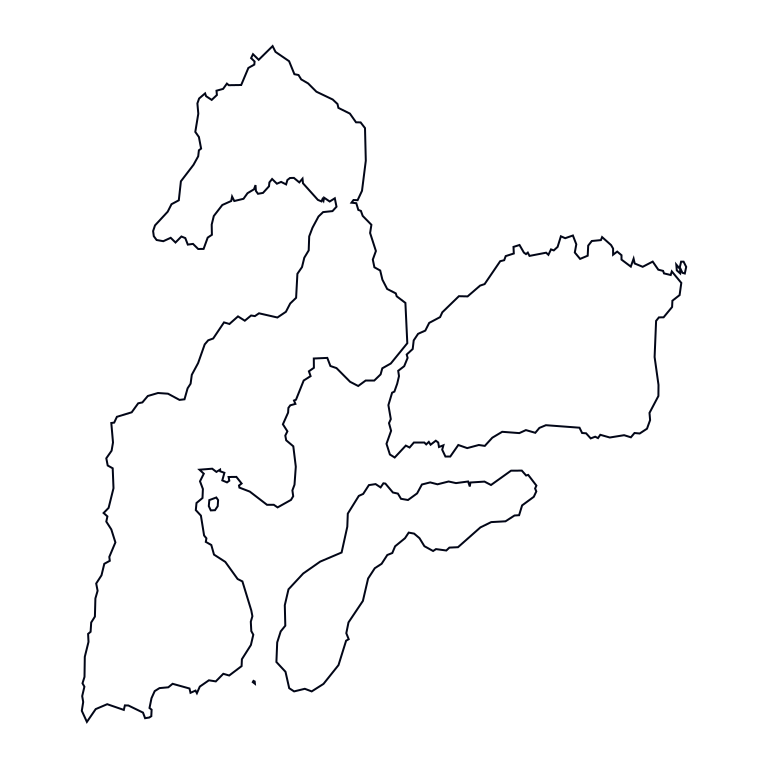 the district of Flores Timur, Nusa Tenggara Timur, Indonesia
{"feature_id": "22746128B68993103553012", "entity_name": "Flores Timur", "entity_type": "district", "adm_level": 2, "iso_a3": "IDN", "parent_name": "Indonesia", "parent_adm1": "Nusa Tenggara Timur", "projection": "equal_earth", "projection_center": [122.946, -8.35], "detail": "fine", "context": "isolated", "style": "outline", "palette": "ink", "viewbox_px": 768, "rotation_deg": 0, "n_neighbors": 0, "source": "geoboundaries", "source_scale": "gbopen_adm2", "svg_char_len": 6090}
<svg xmlns="http://www.w3.org/2000/svg" viewBox="0 0 768 768"><path d="M86.9,721.9L95.7,709.1L107.2,704.2L123.8,709.9L124.9,705.4L128.4,705.5L143.0,712.6L145.1,718.2L149.3,717.5L151.3,716.2L151.6,709.7L149.5,708.0L151.5,698.2L154.7,691.1L159.5,688.1L168.3,687.3L172.6,683.8L189.5,688.5L190.5,692.8L195.5,690.6L196.9,693.2L199.8,686.6L208.9,680.3L215.8,681.4L223.3,673.8L229.2,675.5L241.6,666.1L241.9,659.2L250.9,645.0L253.3,634.7L251.3,631.1L250.8,621.7L252.4,616.2L251.3,610.5L242.4,581.4L237.6,579.0L225.3,561.9L214.0,554.6L211.3,545.0L205.8,541.9L206.4,538.3L204.1,535.5L200.9,515.6L195.8,510.1L196.5,503.0L202.5,498.0L202.9,489.0L200.0,481.3L203.8,473.7L199.5,469.7L212.2,468.7L216.4,471.9L220.1,469.6L220.2,471.3L224.4,472.8L222.3,480.4L227.0,482.4L229.3,480.7L228.6,477.0L236.4,476.9L241.6,483.5L239.0,485.5L239.4,487.6L249.8,491.6L267.0,504.8L273.8,504.8L277.6,507.4L291.0,499.9L293.2,496.2L292.4,490.4L294.5,484.7L295.8,466.7L293.3,446.3L286.2,440.3L285.3,435.6L287.4,431.3L282.9,424.3L288.1,412.6L288.4,407.9L290.3,405.3L295.4,403.9L294.0,400.5L296.0,399.7L303.7,380.5L310.6,376.1L308.9,371.3L313.9,367.8L313.8,358.5L327.3,357.9L330.4,366.0L336.5,368.1L350.1,381.8L358.2,386.0L365.7,380.5L374.3,380.5L380.6,374.4L382.3,368.3L390.8,363.5L407.3,343.2L405.4,302.9L396.7,296.3L395.8,293.4L387.2,289.0L382.4,279.7L380.2,270.5L374.4,267.3L372.8,259.6L375.9,251.0L370.1,233.0L371.4,224.8L362.7,215.9L360.9,210.9L358.3,209.9L356.3,203.2L351.5,202.7L353.5,200.0L357.6,200.2L362.0,190.8L365.8,160.7L365.0,128.1L360.6,122.4L356.0,122.3L349.9,113.6L338.4,107.9L337.5,104.0L332.7,99.5L316.4,91.7L308.1,83.4L301.2,79.4L298.5,75.0L294.4,74.2L289.1,61.2L275.5,51.9L272.6,46.1L258.7,59.8L253.0,54.2L251.1,58.1L254.6,61.5L254.3,64.6L248.4,67.9L241.2,85.0L228.8,85.2L226.9,83.6L223.1,88.9L216.5,90.7L216.9,95.0L211.7,99.9L206.1,96.2L205.1,93.4L199.1,98.5L197.4,103.4L198.3,113.7L195.3,131.9L198.9,137.0L201.1,148.6L198.9,150.3L198.2,156.3L193.5,164.8L180.9,181.3L178.8,200.3L171.5,204.2L167.7,211.7L155.0,225.4L153.1,231.1L153.8,236.2L156.6,240.0L163.3,241.2L170.7,237.8L175.5,242.5L181.4,236.5L185.3,238.1L187.8,244.6L193.0,243.9L198.2,249.0L203.6,248.9L207.7,237.6L211.9,234.8L211.7,224.6L213.8,216.0L222.3,205.0L231.2,201.0L232.1,196.6L234.3,201.0L243.5,198.8L247.5,193.2L254.0,189.3L255.5,185.1L255.9,190.9L258.0,193.8L263.0,192.9L269.0,186.3L269.4,182.4L272.1,179.0L276.9,183.7L281.1,181.9L286.1,184.4L287.4,180.0L290.0,178.0L293.9,177.9L299.3,182.4L302.5,178.7L303.0,183.3L317.9,199.9L321.5,201.4L322.5,199.1L323.5,200.8L324.1,197.7L329.7,201.5L334.8,198.3L336.5,206.7L332.5,211.1L323.1,212.1L318.5,216.5L312.5,227.7L309.2,236.4L308.7,250.4L304.3,257.7L302.0,267.1L297.4,273.8L296.1,297.8L290.2,303.5L285.9,311.8L277.4,317.5L259.0,313.3L254.9,316.1L251.1,315.5L244.8,320.7L238.0,316.4L229.4,324.0L224.0,322.4L213.2,338.5L208.2,340.3L204.7,344.4L198.1,363.1L191.8,374.8L190.6,383.7L187.6,388.3L184.5,399.3L179.5,399.9L168.0,393.7L158.0,393.0L147.8,396.0L142.4,402.4L138.2,403.3L131.7,412.3L116.9,416.8L114.2,422.6L111.3,423.0L113.0,442.5L111.6,450.7L106.3,458.3L107.7,465.5L112.7,468.3L113.5,488.2L108.6,507.9L103.6,513.0L107.4,516.4L106.3,521.6L111.3,529.4L115.4,542.4L109.3,556.9L109.8,560.8L104.3,563.8L101.5,575.3L96.2,583.5L97.6,590.8L95.4,598.4L94.9,616.6L91.2,622.5L90.6,631.8L88.1,633.9L88.5,641.9L84.8,656.8L84.5,676.9L82.5,683.3L84.4,686.7L82.2,696.1L83.2,702.0L81.8,710.8L86.9,721.9ZM576.3,244.3L572.9,235.5L565.2,238.2L560.9,236.3L557.6,246.9L553.8,250.4L551.0,249.4L548.4,254.8L546.1,252.7L529.5,255.9L527.8,252.6L526.0,254.1L523.9,252.6L519.5,245.0L513.5,246.9L513.8,253.5L505.7,256.1L504.2,260.2L500.2,261.2L484.6,284.1L480.1,285.6L467.6,296.4L458.9,296.2L442.3,312.3L440.1,317.1L429.2,322.9L425.3,330.6L418.1,333.8L413.7,340.4L412.7,349.0L406.7,354.5L407.6,357.9L404.2,366.2L398.2,370.8L399.0,376.1L397.2,383.7L394.4,391.6L392.1,392.7L388.4,405.1L390.8,419.1L389.0,423.1L391.1,430.8L386.5,443.8L389.9,454.5L394.7,457.5L405.8,445.6L409.6,447.5L413.9,442.5L424.3,442.5L426.2,444.4L428.8,441.9L430.6,444.7L435.8,440.7L438.2,442.5L439.0,447.0L443.4,445.3L442.2,449.7L445.4,456.5L450.3,456.5L458.3,445.0L467.2,448.1L478.8,445.0L484.8,445.9L492.3,437.7L502.2,431.8L519.3,433.1L525.9,430.1L535.3,432.8L539.4,427.9L545.9,425.2L579.5,427.7L582.1,433.0L586.1,433.3L590.7,438.4L595.2,436.7L598.0,438.1L600.3,434.8L609.8,437.5L624.1,435.2L630.9,437.3L634.5,433.0L639.7,433.5L647.0,428.7L650.1,420.1L649.5,412.9L658.4,396.0L658.5,384.9L654.6,357.0L656.1,320.9L658.9,317.4L663.6,317.3L672.1,307.0L672.4,300.7L679.6,295.1L681.3,282.9L671.8,271.4L670.7,275.0L664.0,273.4L663.1,270.9L658.3,269.7L652.7,261.6L642.7,266.8L634.7,263.5L633.6,258.7L630.8,266.6L621.5,259.6L621.5,255.2L617.2,251.6L613.1,254.7L613.1,248.6L611.1,245.1L602.1,237.1L600.9,240.1L591.8,241.0L588.2,245.6L587.7,255.7L580.1,258.9L574.8,252.5L576.3,244.3ZM521.8,470.6L511.0,470.7L491.0,485.0L484.5,481.6L470.4,482.5L469.8,486.5L468.1,481.5L456.0,483.1L448.6,481.5L437.5,484.3L430.2,482.4L421.9,484.5L417.1,493.4L408.0,500.0L401.0,498.8L397.9,493.6L392.9,492.5L385.4,483.6L383.4,483.3L380.6,487.4L375.6,484.1L368.9,485.1L363.2,493.9L358.8,495.9L347.8,513.6L347.3,526.7L341.6,552.5L320.2,561.6L303.2,573.5L288.5,589.3L284.8,605.2L285.3,625.7L280.7,631.4L277.2,642.4L276.4,662.0L285.5,671.8L289.2,688.2L294.1,691.4L304.8,688.8L311.7,691.4L323.5,683.9L338.5,665.1L346.1,640.7L348.7,639.2L346.3,633.2L348.5,622.4L362.9,600.9L368.1,578.5L374.8,568.2L381.6,563.8L387.3,555.0L392.3,553.0L395.1,546.3L405.0,538.2L408.7,532.6L414.1,533.6L419.5,538.2L424.4,546.2L433.1,551.0L436.0,549.1L446.3,550.5L449.4,547.6L458.0,547.2L480.4,527.4L491.2,522.1L505.5,521.3L514.5,515.5L519.1,515.2L522.1,505.4L533.8,496.8L536.3,491.4L535.1,488.5L536.4,485.6L528.2,474.9L526.1,475.5L521.8,470.6ZM216.3,497.5L209.3,500.1L208.8,506.1L210.8,510.4L215.0,510.2L217.7,506.2L218.1,500.1L216.3,497.5ZM684.8,273.5L686.2,266.9L683.6,261.7L681.1,261.7L679.8,267.3L682.4,272.8L684.8,273.5ZM680.1,273.3L680.2,269.2L676.3,264.6L676.8,270.4L680.1,273.3ZM254.9,683.7L254.7,681.5L253.5,680.9L252.8,682.1L254.9,683.7Z" fill="none" stroke="#020617" stroke-width="2"/></svg>